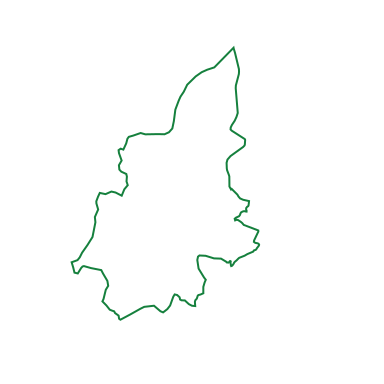 Mopti, orthographic projection, rotated 299°
{"feature_id": "MLI-2809", "entity_name": "Mopti", "entity_type": "Region", "adm_level": 1, "iso_a3": "MLI", "parent_name": "Mali", "parent_adm1": "", "projection": "orthographic", "projection_center": [-3.546, 14.53], "detail": "fine", "context": "isolated", "style": "outline", "palette": "green", "viewbox_px": 384, "rotation_deg": 299, "n_neighbors": 0, "source": "natural_earth", "source_scale": "10m", "svg_char_len": 2747}
<svg xmlns="http://www.w3.org/2000/svg" viewBox="0 0 384 384"><g transform="rotate(299 192 192)"><path d="M322.3,173.4L320.2,174.7L317.9,175.8L306.5,178.7L304.0,179.9L283.3,193.7L279.2,194.5L275.0,194.8L270.0,194.4L267.2,194.6L265.4,195.4L264.9,197.0L263.9,212.2L263.7,212.9L263.2,213.3L260.2,214.7L259.1,215.2L258.1,215.4L256.2,214.9L242.2,208.3L237.6,207.3L234.3,208.1L229.5,211.0L228.1,212.1L224.8,216.0L223.7,217.1L214.9,222.1L213.3,224.7L213.7,224.7L213.8,224.8L214.0,225.0L211.7,233.0L210.6,234.8L209.7,237.2L210.0,240.5L211.7,246.3L209.6,247.2L207.5,248.0L207.1,248.0L206.6,247.9L206.2,247.6L205.7,247.4L204.2,247.2L203.8,247.4L203.1,247.7L202.0,248.9L201.3,249.2L200.9,248.2L200.7,247.3L200.4,246.7L199.4,245.7L197.9,244.8L196.6,244.8L195.3,245.1L193.6,244.9L190.9,242.9L189.3,242.3L188.1,243.5L189.4,244.5L189.8,246.0L189.5,249.4L189.2,250.9L188.3,253.2L190.5,268.6L189.6,269.2L179.7,269.8L178.4,270.3L178.2,272.0L178.9,274.2L179.0,275.3L178.4,276.3L177.6,276.5L176.9,276.4L174.3,276.0L173.0,276.0L172.6,275.9L172.1,275.6L171.1,274.6L170.7,274.4L169.9,274.5L169.5,274.4L164.5,270.5L161.8,268.9L157.3,265.2L156.2,264.8L153.7,264.1L151.7,263.3L150.7,263.1L149.5,263.2L148.3,263.1L146.9,262.8L146.2,262.2L146.9,261.4L147.4,261.1L148.7,260.0L149.1,259.8L149.7,259.7L150.1,259.5L150.1,258.8L149.8,258.6L148.4,258.4L147.9,258.1L147.7,257.8L147.4,256.5L147.3,256.4L147.6,255.9L147.6,255.5L147.8,249.7L144.6,243.4L142.8,234.8L140.1,229.3L138.4,228.6L135.1,229.6L128.2,234.9L123.1,243.9L121.9,246.6L119.0,246.9L114.5,247.9L108.9,251.0L106.4,249.1L105.0,247.6L104.1,247.3L101.1,247.9L98.9,247.4L97.3,247.8L93.8,250.1L92.5,247.1L92.4,243.6L93.7,238.3L92.2,235.4L92.2,233.7L93.9,232.2L94.7,229.0L94.0,226.5L91.3,226.4L82.1,227.9L77.6,227.2L72.7,225.1L72.4,222.2L74.1,213.9L68.4,205.9L64.9,203.5L54.7,197.2L45.6,191.3L45.8,189.7L48.3,187.7L48.8,183.4L49.9,181.8L49.5,179.7L49.2,177.1L51.3,172.1L52.9,166.7L55.5,166.5L64.7,164.0L69.3,164.2L73.2,161.1L77.5,153.8L79.7,150.5L76.5,140.6L74.8,133.4L73.8,132.4L71.9,131.9L65.4,131.6L64.5,128.3L68.3,124.8L72.2,120.8L76.9,124.9L80.4,125.5L85.6,125.3L95.0,126.3L104.4,126.8L118.7,122.2L123.0,119.2L131.2,118.4L135.7,113.9L137.5,112.8L142.3,112.1L146.5,111.8L148.2,117.4L153.3,121.3L154.5,125.4L154.7,132.3L161.6,131.5L166.8,132.5L169.5,129.6L173.9,127.6L175.9,125.8L175.5,120.3L176.4,117.6L180.0,115.1L185.4,115.2L190.6,109.3L193.0,107.5L195.3,108.6L195.8,111.4L202.6,110.9L207.3,109.7L209.6,110.0L212.8,113.2L218.7,118.5L219.8,123.2L226.1,134.1L229.2,140.0L233.1,142.9L238.0,144.0L245.1,141.8L256.0,137.5L265.4,136.1L269.9,135.7L275.7,136.2L283.5,135.8L294.9,139.2L301.5,142.4L306.3,146.0L311.8,151.1L338.3,158.4L337.7,158.9L334.5,162.2L322.3,173.4Z" fill="none" stroke="#15803d" stroke-width="2"/></g></svg>